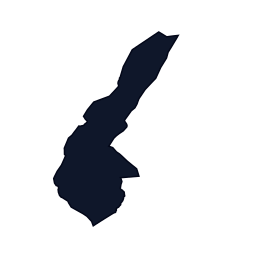 outline of Yaruu, Dzavhan, Mongolia, rotated 144°
{"feature_id": "93677404B11621304927066", "entity_name": "Yaruu", "entity_type": "district", "adm_level": 2, "iso_a3": "MNG", "parent_name": "Mongolia", "parent_adm1": "Dzavhan", "projection": "natural_earth1", "projection_center": [96.632, 48.153], "detail": "fine", "context": "isolated", "style": "filled", "palette": "ink", "viewbox_px": 256, "rotation_deg": 144, "n_neighbors": 0, "source": "geoboundaries", "source_scale": "gbopen_adm2", "svg_char_len": 4453}
<svg xmlns="http://www.w3.org/2000/svg" viewBox="0 0 256 256"><g transform="rotate(144 128 128)"><path d="M217.8,130.8L219.8,126.6L219.8,126.3L219.9,123.6L219.7,123.4L219.5,123.2L219.4,123.0L219.2,122.9L219.1,122.7L219.1,122.4L218.9,122.2L218.7,122.0L218.7,121.9L218.8,121.7L218.8,121.4L219.0,121.2L219.2,120.7L219.3,120.6L219.4,120.4L219.5,120.3L219.6,119.9L219.8,119.8L219.8,119.7L220.1,119.7L220.3,119.5L220.4,119.4L220.7,119.2L220.9,119.1L220.9,118.9L221.0,118.7L221.2,118.4L221.3,118.2L221.4,117.9L221.5,117.7L221.7,117.4L221.8,117.4L222.0,117.1L222.1,116.6L223.0,113.7L222.7,111.2L222.1,110.5L219.6,104.2L219.8,103.2L220.0,102.6L220.3,98.8L220.3,98.7L220.4,97.4L214.7,85.1L213.1,80.7L212.7,77.6L212.7,77.2L212.3,73.8L212.4,73.5L213.6,69.3L211.3,69.2L211.2,69.2L209.4,69.1L208.8,69.0L206.9,69.0L206.8,68.9L205.9,68.9L199.8,68.5L198.5,68.4L193.0,68.0L189.4,67.7L188.3,67.3L188.1,67.2L187.9,67.2L187.7,67.2L187.3,67.3L187.0,67.6L186.6,67.9L186.4,68.1L186.2,68.1L185.9,68.2L185.8,68.3L185.7,68.4L185.7,68.5L185.8,68.7L185.8,68.8L185.7,68.9L185.5,69.0L185.3,69.1L185.0,69.3L184.9,69.5L184.7,69.7L184.3,69.8L184.1,69.7L183.9,69.7L183.7,69.7L183.5,69.8L183.2,69.8L183.0,69.7L182.9,69.7L182.7,69.6L182.4,69.6L182.1,69.5L181.9,69.6L180.6,70.0L180.4,70.0L180.2,70.1L179.9,70.1L179.7,70.1L179.4,70.2L179.2,70.2L179.1,70.3L178.9,70.4L178.9,70.6L178.8,70.9L178.7,71.0L178.3,71.2L177.9,71.4L177.7,71.5L177.4,71.7L177.2,71.7L176.9,71.7L176.6,71.8L176.2,71.9L176.0,72.0L175.9,72.1L175.7,72.2L175.3,72.2L175.2,72.2L175.0,72.3L174.9,72.4L174.7,72.5L174.5,72.8L174.3,72.8L174.2,72.9L174.0,73.0L173.8,73.1L173.7,73.2L173.5,73.3L173.4,73.4L173.3,73.5L173.2,73.6L172.9,73.8L172.8,74.0L172.7,74.1L172.5,74.3L172.4,74.4L172.3,74.5L172.2,74.7L172.1,74.8L171.9,74.9L171.8,75.0L171.6,75.0L171.4,74.9L171.1,74.8L170.9,74.8L170.6,75.0L170.4,75.3L170.3,76.1L170.2,76.4L170.0,76.6L169.9,76.7L169.7,76.7L169.7,76.8L169.6,77.0L169.5,77.3L169.4,77.6L169.3,77.8L169.1,77.9L168.9,78.1L168.8,78.3L168.8,78.5L168.8,78.8L168.8,79.0L168.9,79.3L169.0,79.5L169.1,80.1L169.1,80.4L169.1,80.6L169.1,80.8L169.2,81.0L169.3,81.4L169.5,81.6L169.6,81.8L169.7,82.0L169.8,82.2L169.8,82.5L169.8,83.2L169.7,83.6L169.5,83.9L169.4,84.0L167.6,85.8L166.9,86.5L165.3,87.6L164.8,88.0L164.4,88.3L163.6,90.7L163.3,92.3L160.5,90.5L156.0,87.8L155.8,87.6L155.7,87.6L155.2,87.3L155.1,87.2L153.1,86.0L152.9,85.9L147.5,82.6L145.5,88.4L145.1,89.7L145.0,89.9L146.6,95.8L148.1,101.6L149.3,108.0L149.6,109.6L150.2,112.2L151.4,115.5L151.9,121.1L154.3,124.6L145.4,128.1L141.9,128.6L138.5,128.7L133.5,128.5L128.4,129.6L128.0,129.9L127.7,130.2L127.5,130.4L127.3,130.7L127.2,131.0L127.0,131.5L126.9,131.8L126.9,132.1L126.8,132.5L126.8,132.9L126.8,133.8L126.8,134.0L126.8,134.6L126.7,135.0L126.7,135.3L126.6,135.7L126.5,135.9L126.2,136.4L120.4,138.3L115.3,140.0L112.3,140.2L110.6,140.3L106.9,142.0L105.5,142.9L105.5,143.0L101.9,145.3L99.8,146.1L99.7,146.1L95.9,147.5L91.5,149.1L83.1,150.7L81.0,151.1L76.4,151.9L65.9,157.8L55.7,162.0L51.1,165.7L44.8,168.3L34.9,172.5L34.1,172.9L34.0,173.0L33.0,173.4L38.1,176.3L43.1,179.0L46.7,187.6L78.5,188.8L93.6,181.4L95.7,180.4L104.4,173.7L104.7,173.6L104.9,173.5L105.2,173.5L105.3,173.4L105.5,173.4L105.7,173.2L105.9,172.9L106.1,172.6L106.3,172.4L106.7,172.2L107.1,172.0L107.6,171.8L107.9,171.7L108.1,171.5L108.4,171.4L109.0,170.9L109.3,170.6L109.5,170.4L109.8,170.1L109.9,169.9L110.0,169.6L110.3,168.9L110.3,168.7L110.3,168.4L110.5,168.1L110.8,167.8L111.2,167.3L111.3,167.2L114.0,166.6L124.3,164.6L140.4,169.1L146.5,167.5L149.9,166.6L154.0,164.9L157.1,163.6L157.2,161.4L157.3,160.5L157.3,159.9L157.2,159.6L157.2,159.3L157.1,158.9L156.9,158.2L156.9,157.9L157.0,157.6L157.0,157.4L157.3,157.1L157.5,157.0L157.7,156.8L157.9,156.7L158.2,156.7L158.6,156.7L158.9,156.6L159.3,156.6L159.7,156.5L159.9,156.5L160.1,156.6L160.3,156.6L160.6,156.6L160.9,156.5L161.2,156.5L161.3,156.4L161.5,156.3L161.8,156.2L162.0,156.2L162.3,156.1L162.5,156.2L162.7,156.3L162.9,156.4L163.1,156.4L163.3,156.5L163.5,156.6L163.8,156.7L164.0,156.8L164.3,157.0L164.6,157.2L164.9,157.3L165.0,157.3L165.3,157.3L165.7,157.5L165.9,157.7L166.1,157.9L166.2,158.1L166.6,158.5L171.3,157.0L173.5,156.4L173.8,156.3L176.3,155.5L177.6,155.1L182.0,154.8L183.2,154.1L184.3,153.4L191.4,149.1L192.3,147.6L194.3,144.8L194.9,143.9L194.8,143.3L194.7,143.2L194.6,142.9L194.5,142.5L194.5,142.4L198.0,140.3L200.6,138.8L200.7,138.7L203.8,137.0L210.7,134.6L215.9,131.9L217.8,130.8Z" fill="#0f172a" stroke="#020617" stroke-width="1.5"/></g></svg>